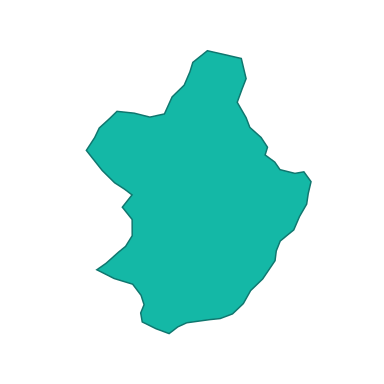 Fyllia, Cyprus, rotated 17°
{"feature_id": "46923920B75200378291295", "entity_name": "Fyllia", "entity_type": "district", "adm_level": 2, "iso_a3": "CYP", "parent_name": "Cyprus", "parent_adm1": "", "projection": "mercator", "projection_center": [33.104, 35.192], "detail": "fine", "context": "isolated", "style": "filled", "palette": "teal", "viewbox_px": 384, "rotation_deg": 17, "n_neighbors": 0, "source": "geoboundaries", "source_scale": "gbopen_adm2", "svg_char_len": 958}
<svg xmlns="http://www.w3.org/2000/svg" viewBox="0 0 384 384"><g transform="rotate(17 192 192)"><path d="M123.7,294.2L142.8,297.5L152.5,297.5L162.2,297.5L173.5,305.7L179.1,313.8L178.3,322.7L182.4,330.8L197.7,333.3L211.5,334.1L217.9,325.1L225.2,318.6L237.3,313.0L246.2,308.9L255.9,304.8L266.4,296.7L273.7,283.7L276.9,269.1L285.0,254.5L291.5,233.4L289.8,223.7L290.7,213.1L295.5,205.8L300.4,198.5L302.0,183.9L305.2,170.1L303.6,159.5L302.8,147.3L293.1,140.0L285.0,144.1L269.6,144.9L262.4,139.2L251.1,135.2L251.1,127.1L242.2,119.7L228.4,113.3L222.0,105.1L209.0,93.0L209.8,78.3L210.6,67.8L200.1,49.9L188.8,50.7L165.4,52.4L154.9,67.8L154.9,77.5L153.3,92.1L145.2,106.8L142.8,125.4L129.8,132.7L113.7,133.5L96.7,136.8L91.8,145.7L84.6,157.9L83.0,168.5L78.8,183.1L87.0,188.8L99.9,197.7L115.3,205.8L126.6,209.0L135.5,212.3L129.8,226.9L142.8,235.8L147.6,251.3L144.4,263.4L139.5,270.7L130.6,285.4L123.7,294.2Z" fill="#14b8a6" stroke="#0f766e" stroke-width="1.5"/></g></svg>